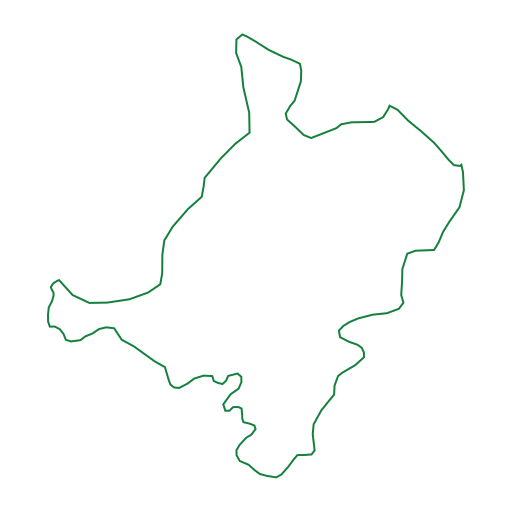 an SVG outline of Štip, rotated 269°
{"feature_id": "MKD-2911", "entity_name": "Štip", "entity_type": "Statistical Region", "adm_level": 1, "iso_a3": "MKD", "parent_name": "North Macedonia", "parent_adm1": "", "projection": "orthographic", "projection_center": [22.131, 41.705], "detail": "fine", "context": "isolated", "style": "outline", "palette": "green", "viewbox_px": 512, "rotation_deg": 269, "n_neighbors": 0, "source": "natural_earth", "source_scale": "10m", "svg_char_len": 2216}
<svg xmlns="http://www.w3.org/2000/svg" viewBox="0 0 512 512"><g transform="rotate(269 256 256)"><path d="M152.9,362.2L145.1,353.3L138.1,340.7L134.6,336.0L125.2,332.3L116.1,331.7L107.5,324.4L104.9,322.3L100.5,318.6L86.8,310.7L77.0,309.6L60.5,311.2L57.6,308.8L56.6,308.1L56.2,301.2L56.2,293.9L52.0,290.2L44.5,284.4L37.1,277.6L34.3,272.3L35.9,263.4L37.9,256.1L41.9,250.9L47.3,245.1L51.3,236.2L57.1,233.1L62.2,233.1L67.4,236.3L74.4,243.0L77.5,248.3L82.9,252.5L86.5,251.5L88.5,246.7L90.1,240.5L93.9,239.4L97.1,239.4L103.7,238.9L105.3,235.8L105.3,230.5L101.8,226.8L101.8,222.6L105.3,221.6L108.1,220.7L109.6,221.7L118.3,228.3L123.7,236.3L130.1,239.2L135.5,239.2L138.8,235.5L136.6,226.1L131.8,223.9L128.6,220.3L129.7,215.9L131.8,211.6L136.7,210.2L137.3,201.5L134.5,192.0L129.7,185.5L125.4,176.8L126.0,171.7L129.1,168.1L133.5,166.6L141.0,164.5L146.5,163.0L152.4,152.9L160.0,142.7L167.6,132.6L174.6,120.3L180.3,116.6L186.2,113.0L187.3,105.0L185.7,97.8L181.4,91.2L178.6,84.0L174.9,78.9L173.8,69.5L175.5,64.4L181.4,62.2L186.2,58.6L189.0,53.5L189.0,48.6L194.0,47.0L200.8,47.0L208.2,47.9L214.3,51.2L219.9,52.9L223.0,52.9L226.0,51.2L228.5,50.3L232.2,52.8L234.7,57.0L235.3,58.7L220.1,72.0L212.0,88.6L212.0,106.4L214.9,128.5L221.3,147.4L229.4,159.8L240.2,161.9L259.0,162.4L273.1,164.6L286.8,173.2L304.1,188.8L316.2,202.8L326.6,204.9L335.0,206.0L354.4,222.7L368.5,237.2L379.4,251.7L399.4,251.7L424.8,246.3L445.3,244.6L459.2,239.7L472.8,240.2L477.7,246.2L475.9,250.3L470.4,259.4L461.9,272.2L454.6,286.8L451.9,294.2L447.4,303.3L440.1,304.5L429.8,303.9L419.3,300.3L410.6,297.3L405.6,293.0L397.9,288.2L392.0,289.4L385.2,296.7L376.1,305.9L373.0,313.2L376.6,322.9L382.5,338.7L386.2,343.5L388.0,353.9L388.0,367.2L388.0,376.4L392.6,385.5L400.8,390.9L403.9,392.2L399.7,400.1L388.8,410.4L377.4,423.8L366.1,436.0L357.5,443.3L348.4,450.6L343.4,455.5L342.5,461.5L343.6,462.9L336.2,464.4L318.2,465.0L301.2,460.3L286.7,449.8L276.9,443.5L266.3,438.8L258.9,434.1L258.5,415.7L255.7,407.3L240.4,402.1L227.8,401.6L214.5,400.5L206.7,402.6L200.7,397.9L196.5,385.8L195.3,371.7L191.8,357.0L188.2,348.1L184.7,342.3L180.0,337.6L173.4,338.6L168.6,347.5L165.5,355.9L162.4,360.1L157.7,362.2L152.9,362.2Z" fill="none" stroke="#15803d" stroke-width="2"/></g></svg>